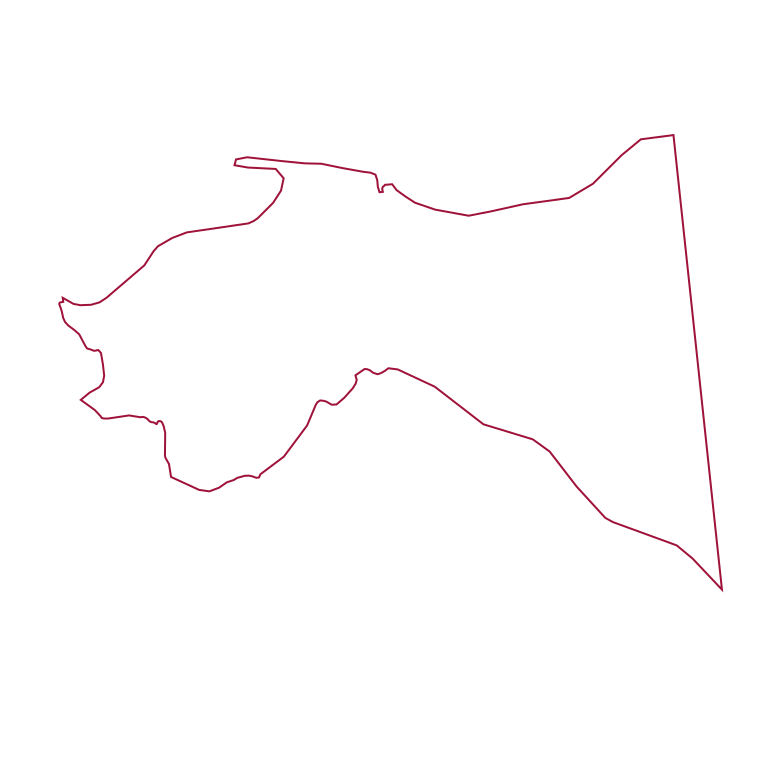 the Department of Colón, rotated 354°
{"feature_id": "HND-638", "entity_name": "Colón", "entity_type": "Department", "adm_level": 1, "iso_a3": "HND", "parent_name": "Honduras", "parent_adm1": "", "projection": "robinson", "projection_center": [-85.998, 15.551], "detail": "fine", "context": "isolated", "style": "outline", "palette": "rose", "viewbox_px": 768, "rotation_deg": 354, "n_neighbors": 0, "source": "natural_earth", "source_scale": "10m", "svg_char_len": 1977}
<svg xmlns="http://www.w3.org/2000/svg" viewBox="0 0 768 768"><g transform="rotate(354 384 384)"><path d="M73.5,264.7L83.6,271.9L90.4,273.9L100.9,274.6L109.5,273.1L116.8,269.4L158.1,240.9L168.8,227.8L173.7,223.3L188.7,216.6L203.8,212.6L265.9,210.1L271.4,208.3L275.8,205.9L292.7,192.2L301.8,180.9L305.7,168.9L298.8,158.8L271.3,154.5L258.2,150.8L260.3,145.2L271.6,144.2L305.1,151.5L328.4,156.3L344.7,158.4L365.2,164.9L385.6,170.8L392.6,172.4L397.4,174.9L398.6,180.6L398.5,187.3L399.6,192.8L402.9,192.8L402.6,189.4L403.5,187.8L404.8,187.0L405.8,186.0L413.0,186.2L416.8,192.5L424.6,199.5L433.7,206.9L453.0,215.9L485.8,225.5L508.5,223.5L540.8,219.8L587.6,218.3L612.7,206.7L644.2,181.3L665.0,167.5L697.9,166.7L698.6,623.8L672.6,589.8L658.2,575.1L597.3,545.3L590.1,540.3L564.9,506.2L541.7,468.5L526.2,454.6L478.7,434.5L434.2,392.0L399.1,370.9L390.0,368.8L386.3,371.0L382.0,372.9L378.5,373.6L374.3,371.6L371.3,368.8L368.4,367.4L366.2,367.1L356.5,372.4L357.3,377.0L355.9,380.6L352.4,385.1L343.1,393.5L334.6,399.4L329.8,399.1L324.7,395.4L321.8,394.3L318.8,393.7L315.9,395.1L313.8,397.9L303.2,417.2L276.8,445.8L251.7,460.8L249.9,463.9L247.1,463.9L243.9,462.3L240.4,461.1L236.2,460.7L228.3,462.0L224.5,463.8L217.3,465.4L209.1,469.9L199.1,472.5L189.1,470.0L162.5,454.2L161.8,441.1L158.9,434.5L158.7,432.0L161.3,409.7L160.5,403.1L159.3,399.0L158.0,397.7L156.1,397.3L155.0,398.0L154.3,399.3L153.8,400.0L153.2,400.0L152.6,399.3L151.7,398.6L150.6,398.0L149.2,397.8L148.0,397.3L146.7,396.3L145.3,394.3L144.0,393.1L142.9,392.4L141.7,391.8L140.7,391.5L138.2,391.6L127.2,388.6L106.4,389.5L101.9,389.1L99.7,388.2L98.7,386.3L93.7,379.7L80.8,368.1L90.3,361.8L100.5,357.4L104.7,352.8L106.6,346.4L106.5,335.3L105.8,323.7L104.7,322.0L103.2,320.3L100.4,320.7L98.8,320.6L96.5,319.3L92.4,317.6L91.0,315.0L86.1,302.8L82.2,298.5L76.0,292.7L73.3,289.0L71.9,285.0L71.1,278.0L70.5,274.9L69.8,272.3L69.4,270.5L69.8,269.4L70.5,269.0L73.6,268.8L73.5,264.7Z" fill="none" stroke="#9f1239" stroke-width="2"/></g></svg>